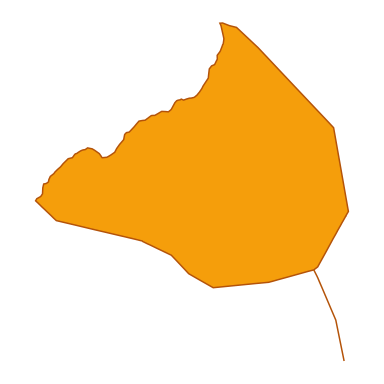 Shendi, River Nile, Sudan
{"feature_id": "16777658B52401836398535", "entity_name": "Shendi", "entity_type": "district", "adm_level": 2, "iso_a3": "SDN", "parent_name": "Sudan", "parent_adm1": "River Nile", "projection": "equal_earth", "projection_center": [33.672, 16.371], "detail": "fine", "context": "isolated", "style": "filled", "palette": "amber", "viewbox_px": 384, "rotation_deg": 0, "n_neighbors": 0, "source": "geoboundaries", "source_scale": "gbopen_adm2", "svg_char_len": 2864}
<svg xmlns="http://www.w3.org/2000/svg" viewBox="0 0 384 384"><path d="M219.9,23.2L221.0,25.7L223.3,35.9L223.9,38.8L223.6,41.1L223.2,43.9L222.6,44.8L222.4,45.6L220.2,51.3L217.9,54.4L217.2,55.3L217.3,59.2L216.7,60.3L214.6,64.6L211.6,65.9L209.3,68.9L208.6,74.9L208.3,78.1L203.5,85.4L203.0,86.2L201.9,88.5L199.4,92.2L198.6,93.1L196.9,95.2L196.0,95.9L195.1,96.7L194.1,97.4L191.2,98.1L189.3,98.2L186.6,99.0L183.6,100.1L181.2,99.1L180.3,99.8L178.5,100.1L177.7,100.3L176.6,100.8L174.9,102.7L171.4,109.2L170.5,110.2L169.8,110.7L168.5,111.8L167.6,111.8L166.0,111.6L161.7,111.4L159.8,112.5L157.8,113.7L156.7,114.3L155.2,115.2L154.6,115.4L153.0,115.4L151.3,115.6L146.6,119.1L145.2,120.2L142.4,120.5L139.0,121.1L136.4,124.1L134.0,127.0L129.2,132.1L126.5,132.6L125.4,133.6L124.6,134.7L123.7,139.6L122.8,140.7L119.6,144.4L116.7,148.5L114.7,152.3L110.8,155.0L108.3,156.5L106.8,157.3L105.4,157.4L102.6,157.7L102.0,157.6L101.0,156.0L99.3,153.6L94.5,150.2L92.1,148.8L89.5,148.3L87.6,147.9L85.2,149.6L83.7,149.8L82.4,150.1L80.6,150.9L78.2,152.4L76.9,153.4L75.3,153.9L74.6,154.6L72.4,157.7L68.2,158.7L63.3,163.5L60.5,166.9L57.5,169.5L54.9,172.1L53.9,173.6L50.3,176.4L48.9,179.5L48.4,182.0L46.2,183.5L43.7,184.0L42.8,187.8L42.5,193.9L40.7,196.5L36.8,198.7L35.6,200.8L36.0,201.2L36.2,201.3L36.3,201.5L37.3,202.4L37.4,202.5L37.5,202.6L37.8,202.8L38.5,203.6L39.5,204.5L40.0,205.0L42.1,207.1L43.3,208.2L51.2,215.7L53.0,217.5L53.6,218.1L56.3,220.6L60.1,221.5L73.7,224.7L95.0,229.8L103.6,231.8L132.9,238.7L138.3,240.0L140.1,240.5L142.1,240.9L142.5,241.3L142.9,241.6L143.1,241.7L143.8,242.0L144.2,242.2L147.2,243.7L149.7,244.8L152.8,246.3L157.1,248.4L171.3,255.2L175.3,259.4L184.9,269.6L188.7,273.7L198.6,279.4L213.2,287.7L245.6,284.5L250.8,284.0L252.6,283.8L268.7,282.3L270.5,281.8L272.1,281.4L274.2,280.8L277.7,279.8L287.9,277.0L308.0,271.4L313.8,269.9L317.0,276.2L317.5,277.3L317.8,277.9L322.3,288.4L330.8,308.4L335.8,320.1L344.1,361.0L338.9,335.4L335.8,320.1L330.8,308.4L322.3,288.4L321.7,287.0L319.5,282.0L317.8,277.9L317.5,277.3L317.0,276.2L313.8,269.9L314.3,269.5L317.7,266.9L319.6,263.4L324.7,254.2L325.7,252.4L331.4,241.9L333.0,238.9L334.6,236.1L335.8,234.0L337.2,231.4L337.3,231.3L337.3,231.1L338.0,229.9L339.1,228.0L339.3,227.5L339.9,226.6L340.3,225.9L340.7,225.1L340.8,225.0L341.8,223.1L342.7,221.5L342.8,221.4L343.5,220.2L343.6,219.9L343.8,219.6L344.0,219.3L344.2,218.9L344.6,218.2L345.0,217.5L345.1,217.3L345.3,216.9L345.4,216.7L345.6,216.5L345.6,216.4L345.8,216.1L345.9,215.8L346.0,215.8L346.0,215.6L346.2,215.3L346.3,215.1L346.7,214.4L346.9,214.0L347.0,213.9L347.1,213.7L347.3,213.3L347.4,213.2L347.5,213.0L347.6,212.8L347.7,212.7L347.8,212.6L348.0,212.1L348.1,211.9L348.3,211.7L348.4,211.4L347.9,208.7L343.5,183.7L333.6,127.7L327.8,121.5L294.4,86.2L289.4,80.9L258.2,47.8L236.5,27.4L229.3,25.6L222.6,23.0L219.9,23.2Z" fill="#f59e0b" stroke="#b45309" stroke-width="1.5"/></svg>